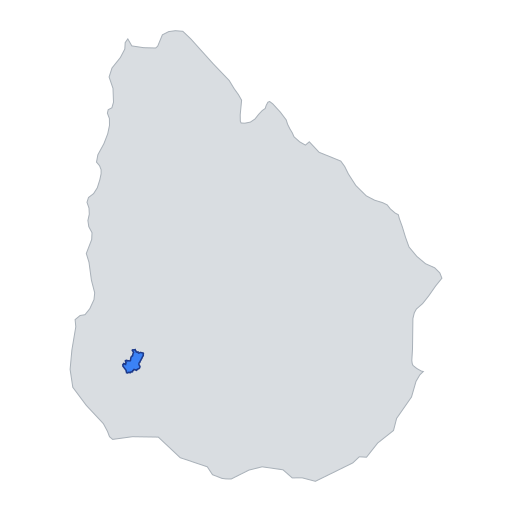 location of José Enrique Rodó, Soriano, Uruguay
{"feature_id": "84410073B24833615442203", "entity_name": "José Enrique Rodó", "entity_type": "district", "adm_level": 2, "iso_a3": "URY", "parent_name": "Uruguay", "parent_adm1": "Soriano", "projection": "equal_earth", "projection_center": [-57.536, -33.632], "detail": "fine", "context": "in_parent", "style": "filled", "palette": "blue", "viewbox_px": 512, "rotation_deg": 0, "n_neighbors": 0, "source": "geoboundaries", "source_scale": "gbopen_adm2", "svg_char_len": 3482}
<svg xmlns="http://www.w3.org/2000/svg" viewBox="0 0 512 512"><path d="M423.3,371.5L419.8,374.9L416.0,381.4L411.5,397.0L396.6,418.4L393.5,430.5L377.7,443.0L366.5,457.2L359.3,456.8L352.8,462.9L315.4,481.3L302.1,477.8L292.2,477.9L283.0,469.8L262.1,466.8L248.9,470.1L231.2,479.0L225.9,478.9L222.0,478.4L212.5,474.7L207.3,466.8L180.2,457.7L158.3,437.1L132.4,436.7L112.6,439.4L109.5,436.7L107.5,431.4L103.4,423.7L86.3,405.4L72.8,387.3L70.1,369.4L71.9,349.9L75.8,326.8L75.1,319.6L80.1,315.5L85.0,314.7L89.8,308.7L94.0,299.6L94.7,292.8L91.4,280.1L89.0,262.3L86.3,253.5L91.7,239.5L92.0,232.7L88.8,226.7L87.9,220.5L89.3,214.2L89.0,208.1L87.0,202.3L88.5,197.5L93.6,193.6L97.3,187.8L99.8,179.9L101.1,173.8L101.1,169.7L99.6,165.8L96.5,162.1L97.9,154.7L103.9,143.7L107.7,133.9L109.5,125.4L109.4,118.5L107.4,113.2L108.2,109.7L111.9,107.8L113.5,102.2L113.0,88.4L109.1,77.0L112.0,68.0L120.4,57.5L124.8,49.1L125.2,42.6L127.8,38.9L131.8,45.9L143.7,47.7L155.7,48.0L157.7,46.2L162.4,34.8L168.7,31.6L175.4,30.7L182.8,31.3L190.7,38.8L212.9,63.5L229.2,80.5L234.1,88.6L238.4,94.6L241.6,100.2L240.2,114.8L240.3,121.2L241.1,123.0L244.8,123.2L250.4,122.1L255.0,119.0L258.7,114.3L262.3,110.5L265.2,108.5L266.2,105.4L267.9,102.2L269.6,101.5L272.8,103.9L280.4,112.2L286.2,119.9L287.6,124.3L289.9,128.9L292.3,132.9L294.0,136.8L299.6,141.8L305.4,145.1L309.3,141.8L319.1,152.3L340.8,161.1L344.7,166.5L348.4,174.0L355.8,185.5L366.2,195.8L374.6,200.2L382.7,202.7L387.2,204.9L390.3,208.9L395.2,213.1L398.3,214.7L399.3,218.5L402.3,226.8L405.5,237.3L409.0,247.0L416.8,256.4L425.5,263.7L434.7,267.8L439.8,272.9L441.9,278.2L435.6,286.0L428.7,295.9L422.6,303.6L416.4,309.0L414.3,312.8L412.9,318.5L412.5,349.1L411.8,360.5L412.2,363.5L413.0,365.5L416.8,368.5L421.4,371.1L423.3,371.5Z" fill="#d9dde1" stroke="#a8b0b8" stroke-width="1"/><path d="M126.1,362.9L125.8,363.1L125.6,364.5L125.3,364.4L124.9,364.1L124.3,364.0L124.3,363.7L124.0,363.7L123.7,363.5L123.5,363.8L123.4,364.3L123.0,364.4L122.9,364.5L123.2,364.8L123.1,365.1L122.9,365.4L122.8,366.0L126.2,370.5L126.1,371.1L126.5,371.6L126.5,372.7L127.1,372.9L127.5,373.0L127.9,372.7L128.1,372.7L128.7,372.3L129.0,372.2L129.2,372.6L129.6,372.6L129.8,372.6L130.1,372.7L130.3,372.7L130.4,372.4L130.6,372.3L130.7,372.1L130.9,371.9L131.2,371.7L131.4,371.8L131.5,372.0L131.8,372.0L132.2,371.9L132.5,371.8L132.7,370.6L133.3,370.5L133.5,370.3L133.5,370.0L133.8,369.6L134.0,369.4L134.2,369.5L134.3,369.6L134.5,369.6L134.9,369.8L135.8,369.8L135.9,370.2L136.4,370.4L137.2,369.4L137.6,369.5L138.0,368.9L139.0,368.6L139.6,367.9L140.0,366.7L139.9,366.3L139.6,365.7L139.3,365.5L139.2,365.0L138.9,364.6L138.9,364.1L138.9,363.4L139.1,362.9L139.6,362.5L139.7,362.1L140.1,361.9L140.1,361.4L140.4,360.8L140.8,360.3L141.1,359.8L141.1,359.4L141.4,359.0L141.6,358.8L141.8,358.2L142.1,358.0L142.2,357.7L142.2,357.2L142.6,356.7L142.9,356.1L143.2,355.9L143.3,355.4L143.2,355.0L143.2,354.3L143.4,354.0L143.4,353.4L143.3,353.1L142.9,353.0L142.5,352.9L140.3,352.4L139.4,352.9L138.6,353.1L138.0,352.6L138.0,351.9L136.4,352.1L136.0,351.2L135.9,350.8L135.4,350.5L135.2,350.0L135.2,349.6L134.2,349.8L132.6,349.8L132.2,350.2L132.2,350.3L133.6,352.4L132.9,353.9L132.6,355.8L131.9,356.1L131.9,356.4L131.0,357.1L130.7,358.8L130.6,359.2L130.5,360.5L130.1,360.9L127.9,360.7L127.7,360.9L127.2,360.8L126.8,360.3L126.5,360.3L126.4,360.4L125.9,360.5L125.4,360.6L125.3,361.0L125.6,361.3L125.8,361.6L125.8,362.0L125.8,362.3L126.1,362.5L126.1,362.8L126.1,362.9Z" fill="#3b82f6" stroke="#1e3a8a" stroke-width="1.5"/></svg>